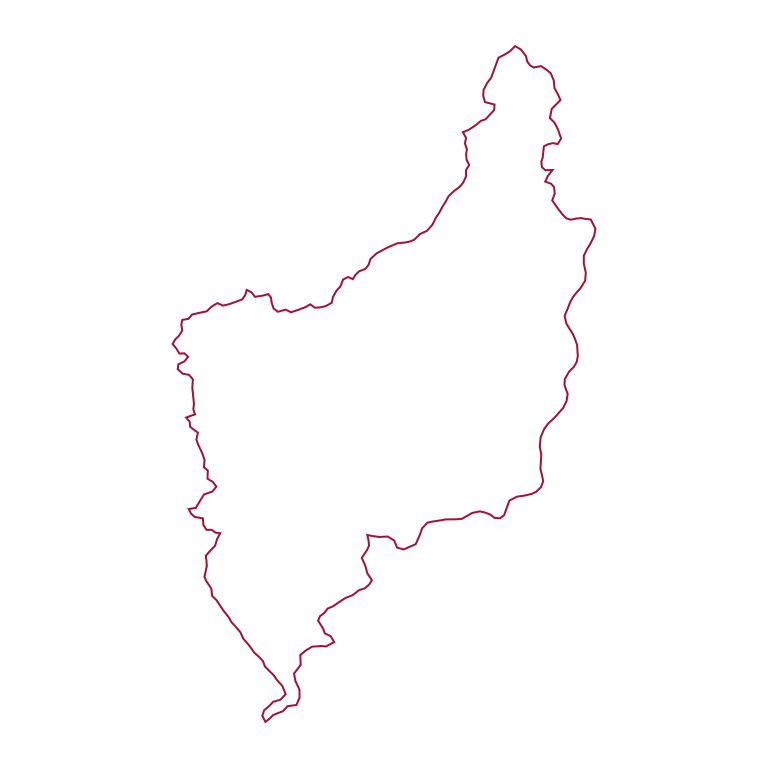 Nova Iguaçu de Goiás, Goiás, Brazil
{"feature_id": "56859067B16391493114440", "entity_name": "Nova Iguaçu de Goiás", "entity_type": "district", "adm_level": 2, "iso_a3": "BRA", "parent_name": "Brazil", "parent_adm1": "Goiás", "projection": "mercator", "projection_center": [-49.294, -14.309], "detail": "fine", "context": "isolated", "style": "outline", "palette": "rose", "viewbox_px": 768, "rotation_deg": 0, "n_neighbors": 0, "source": "geoboundaries", "source_scale": "gbopen_adm2", "svg_char_len": 3923}
<svg xmlns="http://www.w3.org/2000/svg" viewBox="0 0 768 768"><path d="M182.3,319.9L181.3,324.8L182.3,330.5L178.9,335.9L175.4,339.2L172.6,344.0L176.5,348.7L179.4,353.6L184.4,353.3L188.1,356.8L184.4,361.4L178.4,364.3L177.7,369.1L182.6,373.7L189.0,374.8L192.9,379.4L192.3,387.7L193.1,395.4L194.0,404.0L193.3,409.2L195.0,414.4L190.6,415.9L186.1,417.6L189.7,421.7L190.2,426.8L194.0,429.8L197.9,432.6L196.4,439.5L198.1,444.4L202.2,453.2L204.6,460.1L203.9,467.2L207.8,470.5L207.5,478.7L212.7,481.9L216.4,486.6L212.3,491.6L204.1,494.4L199.8,501.2L195.8,507.9L188.7,509.0L191.1,513.7L194.7,516.9L202.9,518.4L203.4,525.0L206.5,529.8L211.9,529.8L215.4,532.6L220.2,533.2L217.1,539.0L215.0,545.9L210.7,550.2L205.8,555.7L206.4,560.3L206.8,565.8L205.6,571.9L204.4,576.7L206.4,581.2L211.3,588.6L212.1,595.8L216.2,599.8L223.9,611.2L228.5,616.9L231.5,622.3L234.9,625.8L240.4,632.3L243.3,638.7L248.3,644.4L251.7,648.9L254.3,652.7L258.7,656.6L263.0,661.1L265.0,666.6L269.3,670.9L273.8,675.3L276.7,679.7L282.3,685.9L285.7,694.2L280.3,699.8L273.1,701.8L269.8,705.5L264.2,710.2L262.3,715.7L265.4,721.9L270.0,718.2L273.1,715.0L277.7,713.2L283.0,711.2L287.5,706.2L296.4,705.0L299.5,697.8L299.5,689.6L295.5,681.2L294.0,673.6L300.7,664.8L300.3,655.1L305.6,650.6L312.0,646.7L321.4,646.0L325.8,646.5L334.2,642.2L330.8,636.3L324.8,633.3L323.1,628.6L318.1,620.6L320.0,616.2L324.3,612.9L327.7,608.5L332.7,606.5L339.2,602.0L345.4,598.0L352.7,595.1L359.1,590.1L364.7,588.4L369.3,584.4L371.9,580.2L367.3,573.3L365.4,566.0L361.8,557.9L367.1,549.9L369.0,545.7L368.5,540.2L367.3,535.0L372.4,536.0L379.6,537.0L387.7,536.5L394.2,540.5L397.1,547.6L403.7,549.4L415.7,544.2L418.3,538.3L420.2,534.0L422.1,528.3L427.6,522.6L432.7,521.5L438.5,520.7L445.7,519.4L455.5,519.3L461.8,518.9L465.8,516.6L472.3,512.9L479.8,511.4L484.6,512.4L490.6,514.7L494.7,517.9L500.0,518.3L504.1,515.2L506.7,508.0L509.4,500.6L517.1,496.6L523.3,495.8L527.6,494.9L531.8,493.8L536.0,491.9L541.0,487.1L543.2,481.2L542.1,475.7L540.4,468.8L541.3,454.9L539.8,446.7L540.6,437.4L544.2,429.0L548.1,423.6L554.5,417.7L563.1,408.0L566.5,401.3L567.7,394.1L564.5,385.1L564.8,379.2L569.0,371.7L573.5,367.3L576.6,362.3L577.8,356.3L577.1,344.9L574.7,338.1L572.5,333.3L569.7,329.1L566.5,323.9L564.6,316.0L568.5,306.6L570.2,302.1L573.1,296.9L577.1,291.9L580.5,288.2L585.1,280.8L585.8,272.6L583.8,263.7L583.8,255.8L587.2,248.8L590.1,244.3L594.1,236.1L595.4,228.7L590.8,219.5L586.0,219.0L581.2,218.1L575.9,218.6L570.9,219.7L566.3,218.3L563.0,215.0L558.7,209.6L552.2,200.4L554.7,193.7L554.1,187.3L551.2,183.8L545.2,181.6L548.1,175.6L552.6,170.0L545.4,170.2L542.0,167.2L541.3,161.8L542.7,157.5L543.3,151.8L543.9,146.4L548.1,144.2L553.1,143.1L557.7,144.1L561.1,138.5L557.9,129.2L554.5,122.6L549.9,118.1L551.7,108.9L560.5,100.1L557.7,93.8L554.5,88.2L553.8,80.5L550.7,73.2L546.9,70.0L541.1,66.1L533.8,67.5L529.8,65.1L527.2,61.4L525.9,55.9L520.9,49.5L515.1,46.1L510.0,51.2L504.8,54.5L498.5,57.7L494.4,68.9L491.3,77.5L487.0,83.2L483.6,89.9L483.2,95.8L485.0,102.1L494.5,104.5L494.2,110.0L490.1,114.4L485.5,119.4L481.0,120.8L475.8,125.1L468.8,129.8L462.9,132.2L466.1,137.9L464.9,143.4L466.9,149.1L466.1,154.3L466.6,159.8L469.2,165.0L466.0,170.2L466.1,176.4L463.2,182.6L459.4,187.1L454.1,190.9L448.5,196.3L445.2,202.4L442.5,206.6L439.2,212.8L436.1,217.3L432.4,224.7L426.9,230.9L420.2,233.9L414.2,239.8L409.6,241.6L405.1,242.5L397.3,243.3L389.7,246.5L384.1,249.3L376.5,253.4L370.4,259.1L368.7,264.6L365.4,268.9L359.1,271.3L355.1,275.3L352.9,279.2L348.1,277.0L343.1,279.5L340.4,286.5L336.5,290.7L333.0,296.9L331.7,302.8L325.9,306.0L320.2,307.4L314.9,307.7L310.3,304.3L305.5,307.1L297.8,310.0L290.9,312.3L285.7,309.6L277.9,311.8L273.6,308.5L271.6,302.5L271.0,297.6L268.3,294.1L262.4,295.7L255.0,296.8L251.3,292.2L246.7,289.9L245.2,295.2L242.3,299.3L236.9,301.4L228.8,304.3L222.9,305.6L217.4,303.1L211.6,306.6L206.8,311.3L198.6,313.0L192.1,314.5L188.6,318.8L182.3,319.9Z" fill="none" stroke="#9f1239" stroke-width="2"/></svg>